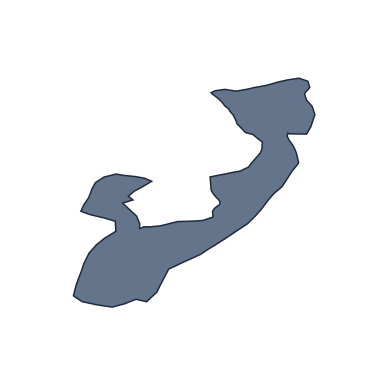 Ika South, Delta, Nigeria, rotated 249°
{"feature_id": "59680162B51019344443676", "entity_name": "Ika South", "entity_type": "district", "adm_level": 2, "iso_a3": "NGA", "parent_name": "Nigeria", "parent_adm1": "Delta", "projection": "equal_earth", "projection_center": [6.215, 6.183], "detail": "fine", "context": "isolated", "style": "filled", "palette": "slate", "viewbox_px": 384, "rotation_deg": 249, "n_neighbors": 0, "source": "geoboundaries", "source_scale": "gbopen_adm2", "svg_char_len": 1866}
<svg xmlns="http://www.w3.org/2000/svg" viewBox="0 0 384 384"><g transform="rotate(249 192 192)"><path d="M220.1,334.4L228.8,334.9L237.0,331.8L243.5,332.3L247.4,339.4L253.8,339.9L259.9,332.7L262.4,321.4L263.7,312.5L264.9,299.5L267.1,288.2L268.3,279.8L270.4,269.1L276.0,259.6L278.2,250.1L277.9,245.4L277.4,245.7L276.1,246.1L270.6,249.6L266.0,251.8L259.9,253.8L256.9,255.9L254.0,256.3L248.7,258.1L243.4,258.6L239.5,258.5L228.9,263.0L227.4,264.3L226.1,266.3L223.9,269.4L218.5,272.5L213.3,275.6L211.1,274.4L207.3,272.9L204.0,269.7L197.1,256.9L195.0,253.7L194.3,244.2L195.4,238.7L199.6,214.3L186.7,210.5L181.5,211.5L178.1,212.8L174.0,214.5L171.6,214.3L170.2,212.8L169.1,208.3L167.8,205.7L166.4,204.2L161.1,202.6L161.5,192.2L163.3,186.1L166.5,176.6L169.5,168.3L171.7,150.6L174.6,140.0L175.7,137.4L175.8,136.5L176.4,135.6L176.8,133.9L176.6,132.8L176.6,131.3L176.8,130.0L178.8,130.9L181.0,131.8L184.0,131.8L187.2,131.7L189.4,131.6L192.2,130.2L199.4,126.7L206.5,123.3L205.7,134.1L210.8,131.0L213.4,138.1L214.8,148.8L216.5,158.2L221.7,152.9L226.8,144.5L231.6,135.0L233.2,132.1L235.9,127.8L237.5,115.3L235.4,105.3L231.0,100.0L223.7,93.5L218.9,86.5L213.8,81.3L207.2,89.0L199.1,100.9L192.2,109.9L182.6,106.8L180.1,93.4L177.0,84.0L171.8,73.9L171.5,73.6L163.6,65.1L157.9,60.5L152.7,55.8L146.7,50.5L137.6,44.1L134.9,45.9L132.0,48.0L129.0,50.1L125.1,56.1L121.2,62.1L117.4,68.6L113.1,76.4L111.8,88.9L111.9,101.3L105.8,110.3L111.1,123.3L117.6,130.3L122.9,136.4L128.4,142.6L129.8,162.2L130.2,169.9L130.7,177.6L132.9,187.1L134.2,194.8L136.8,207.2L139.9,220.8L142.5,232.6L146.9,242.6L151.2,250.9L156.8,259.7L161.2,268.0L164.7,278.0L169.4,284.5L175.1,292.2L179.9,300.4L181.3,302.1L185.8,302.7L191.1,303.4L197.2,303.2L201.8,302.3L205.7,301.2L210.2,300.9L212.3,302.4L212.7,302.7L211.6,303.3L205.0,319.7L210.2,326.2L220.1,334.4Z" fill="#64748b" stroke="#1e293b" stroke-width="1.5"/></g></svg>